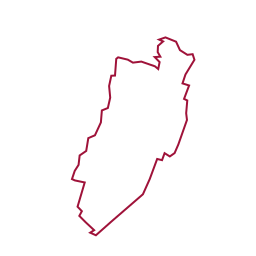 Hawkins, Tennessee, United States of America (Robinson projection), rotated 139°
{"feature_id": "52423323B16359627496109", "entity_name": "Hawkins", "entity_type": "district", "adm_level": 2, "iso_a3": "USA", "parent_name": "United States of America", "parent_adm1": "Tennessee", "projection": "robinson", "projection_center": [-82.986, 36.418], "detail": "fine", "context": "isolated", "style": "outline", "palette": "rose", "viewbox_px": 256, "rotation_deg": 139, "n_neighbors": 0, "source": "geoboundaries", "source_scale": "gbopen_adm2", "svg_char_len": 853}
<svg xmlns="http://www.w3.org/2000/svg" viewBox="0 0 256 256"><g transform="rotate(139 128 128)"><path d="M33.1,135.9L30.8,141.3L35.2,144.3L37.7,152.7L35.1,161.6L40.3,171.8L46.5,174.3L44.7,170.3L51.5,170.3L55.8,165.8L56.8,160.6L61.3,164.0L60.9,157.0L66.5,152.7L67.2,156.9L74.4,169.4L81.4,174.1L83.3,179.7L89.1,187.8L91.5,187.9L103.4,176.1L106.3,178.4L114.7,172.1L121.5,162.6L130.1,156.3L136.2,158.4L144.8,150.0L157.7,144.2L164.6,146.4L174.6,138.1L182.5,139.0L189.5,132.6L196.3,130.6L203.8,126.2L202.5,123.3L196.4,115.3L217.7,101.7L217.4,95.5L222.4,93.6L221.8,84.6L220.6,73.1L225.2,73.8L222.6,68.1L202.7,68.3L198.2,68.3L160.2,68.2L145.1,75.2L126.3,85.5L123.4,81.4L116.9,85.0L115.1,79.1L109.3,78.5L100.9,82.5L78.2,95.4L74.4,101.0L65.2,109.9L66.6,113.2L54.0,120.0L57.6,125.9L49.5,130.7L33.1,135.9Z" fill="none" stroke="#9f1239" stroke-width="2"/></g></svg>